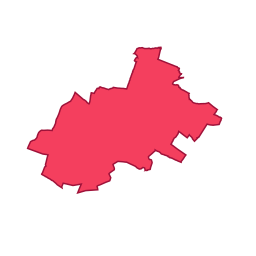 the district of Ciocani, Vaslui, Romania, rotated 122°
{"feature_id": "2599482B54838124288595", "entity_name": "Ciocani", "entity_type": "district", "adm_level": 2, "iso_a3": "ROU", "parent_name": "Romania", "parent_adm1": "Vaslui", "projection": "natural_earth1", "projection_center": [27.58, 46.249], "detail": "fine", "context": "isolated", "style": "filled", "palette": "rose", "viewbox_px": 256, "rotation_deg": 122, "n_neighbors": 0, "source": "geoboundaries", "source_scale": "gbopen_adm2", "svg_char_len": 5707}
<svg xmlns="http://www.w3.org/2000/svg" viewBox="0 0 256 256"><g transform="rotate(122 128 128)"><path d="M125.8,191.7L128.4,191.2L129.7,191.1L131.9,190.8L135.9,190.9L136.6,191.5L139.2,192.8L141.8,194.4L143.9,195.4L145.0,195.6L146.2,195.5L147.9,195.3L151.8,194.3L153.3,194.0L156.6,193.5L158.6,193.4L160.7,192.7L162.5,191.9L166.7,191.3L168.7,191.5L170.3,191.0L171.7,193.7L172.4,195.0L174.3,197.7L175.4,199.5L175.6,200.0L175.8,200.2L177.0,200.8L178.5,201.2L179.3,201.3L181.4,201.0L182.7,200.7L184.2,200.2L185.6,200.3L187.9,200.9L188.6,201.8L189.1,202.2L190.8,203.2L191.2,203.4L196.6,202.7L198.5,202.3L196.6,193.2L195.2,186.5L193.5,182.6L193.2,181.6L196.1,180.8L201.1,179.1L202.6,178.7L203.3,178.1L203.7,177.5L203.9,177.4L204.1,177.4L204.5,177.8L204.9,177.9L205.6,177.9L211.2,176.8L212.9,176.8L213.0,176.7L213.0,175.4L212.8,172.9L213.0,172.4L212.8,171.8L212.7,171.3L212.8,169.0L212.6,167.2L212.8,164.8L212.5,164.2L213.1,160.0L213.6,157.9L213.7,154.6L213.7,152.3L213.1,152.9L212.6,153.1L209.2,153.7L208.1,150.7L205.9,144.2L200.3,137.9L205.3,137.1L209.7,136.3L203.5,130.7L196.4,120.9L195.2,121.9L193.8,123.4L193.4,123.3L192.5,122.8L191.0,121.6L185.7,118.0L182.7,115.7L182.3,115.5L179.3,116.3L177.1,119.7L176.8,119.9L175.9,119.7L172.6,118.4L170.9,117.6L170.5,117.6L169.6,118.1L169.2,118.5L167.1,121.2L166.9,121.4L166.6,121.4L161.8,119.0L161.3,118.2L159.2,114.2L158.6,112.8L157.9,111.4L157.7,111.2L157.2,106.6L157.0,105.2L156.6,101.9L156.6,101.0L156.9,99.7L157.0,99.1L156.9,97.9L156.8,97.6L156.9,97.3L156.8,96.6L155.7,95.3L155.3,95.1L154.1,94.7L153.6,94.5L153.1,93.0L153.1,92.7L153.8,92.0L154.7,90.9L154.8,90.9L154.7,90.8L154.1,89.6L153.8,89.3L153.7,89.2L153.6,89.3L153.7,89.5L153.1,89.1L151.4,87.3L151.2,87.3L149.3,88.0L144.8,89.1L144.1,89.6L143.6,90.3L142.8,91.1L142.7,91.4L142.7,91.7L142.8,92.2L143.3,93.0L143.2,93.6L142.6,94.5L141.6,95.4L141.4,95.5L136.3,93.9L134.7,93.5L133.2,92.9L132.9,92.9L132.6,93.0L132.2,93.3L132.2,91.7L132.2,91.1L131.7,89.2L131.7,88.6L131.8,87.5L132.0,87.1L132.3,86.1L132.2,85.5L132.0,84.8L131.8,84.2L131.8,83.9L131.5,83.4L131.5,83.0L131.4,82.4L131.5,82.1L131.0,81.0L131.0,80.7L131.0,80.3L130.7,79.5L130.9,79.5L131.0,78.9L131.1,78.7L130.8,76.9L131.0,76.7L130.6,75.9L130.2,74.2L130.2,73.4L130.0,71.6L130.0,71.0L129.6,69.3L129.5,67.9L129.1,66.0L129.1,65.6L128.9,64.8L128.4,65.1L127.6,65.1L125.0,64.8L122.2,64.8L120.2,64.6L120.0,68.5L119.7,74.9L119.0,83.0L118.3,83.0L117.4,82.9L117.1,83.1L116.6,83.1L116.1,83.2L115.9,83.1L115.1,83.1L114.8,83.2L114.5,83.4L114.1,83.3L113.8,83.4L112.7,83.4L112.1,83.5L111.9,83.4L110.7,82.8L109.8,82.6L109.2,82.6L108.9,82.7L107.5,82.5L106.8,82.6L106.5,82.5L106.2,82.5L105.6,82.8L105.2,82.8L104.0,83.2L104.1,81.1L104.5,77.1L104.9,72.6L103.4,72.5L101.9,72.4L101.3,72.4L101.6,71.7L101.9,69.8L102.3,68.5L102.4,68.2L103.0,67.6L104.0,64.6L99.5,63.6L99.4,63.9L99.2,63.6L98.3,63.4L98.2,63.1L82.8,63.0L82.3,61.2L81.7,59.7L80.5,57.3L77.2,53.2L76.7,52.6L73.6,53.2L72.3,53.2L71.0,53.7L70.2,53.8L70.0,54.3L70.0,55.2L70.0,55.7L70.3,55.8L70.4,56.9L70.3,58.3L70.4,59.3L70.6,60.5L71.0,62.2L68.4,62.0L67.3,61.9L66.7,62.0L66.2,62.2L65.1,62.0L64.7,67.4L63.9,73.1L64.7,73.7L66.2,75.2L68.8,79.1L70.1,80.8L70.5,82.2L71.0,82.9L71.3,83.7L71.7,85.1L71.9,85.9L71.9,86.6L71.8,87.1L71.4,88.0L71.3,88.6L71.2,89.1L71.3,89.5L70.9,90.1L71.0,90.3L71.0,90.5L70.9,90.5L70.9,91.0L71.1,91.2L71.0,91.3L70.1,92.0L69.6,92.7L68.3,93.3L68.2,93.6L68.0,93.8L67.4,94.3L66.2,94.4L66.2,94.5L66.5,94.7L66.4,95.2L66.4,95.9L66.4,96.2L66.6,101.2L66.8,101.3L66.8,101.6L66.9,102.2L66.8,103.4L67.0,104.2L66.5,104.8L66.5,105.3L66.2,105.3L66.1,105.6L66.4,106.3L66.3,106.7L65.8,107.0L65.3,107.6L65.1,107.8L65.1,108.3L65.4,109.5L65.8,109.8L66.3,110.5L66.5,110.9L66.8,111.9L67.0,112.0L67.0,112.9L67.0,113.4L66.9,113.6L66.6,113.7L65.5,113.9L64.4,113.9L58.8,110.3L57.8,109.5L56.0,107.7L55.8,107.8L56.2,108.3L57.9,110.9L58.3,111.4L58.3,111.6L58.1,111.8L56.1,111.8L55.2,111.8L54.6,111.6L54.2,111.3L53.7,111.4L53.9,112.0L53.9,113.2L53.8,113.8L52.8,114.3L52.6,114.6L52.6,115.6L52.5,115.8L50.8,115.8L50.3,116.0L50.2,116.3L50.2,116.7L50.5,117.4L50.4,118.3L50.3,118.6L50.1,118.7L50.6,120.9L53.9,139.1L52.0,139.4L46.3,141.4L44.1,142.1L43.8,141.9L42.8,142.2L42.9,142.4L43.0,142.7L42.6,142.8L42.6,143.0L42.3,143.1L42.6,143.5L43.1,143.5L43.8,143.8L43.7,144.1L43.2,144.3L43.6,144.9L43.8,145.1L44.2,145.1L44.9,145.4L45.1,145.8L45.2,146.7L45.7,147.0L45.8,147.2L45.8,147.4L46.3,147.8L46.5,148.0L46.9,148.2L47.4,149.3L48.2,150.0L48.8,150.7L49.2,152.0L49.1,152.3L49.3,152.6L49.6,152.7L50.6,154.1L51.8,156.0L52.2,157.6L52.2,158.3L52.5,158.8L53.6,160.0L54.0,160.9L54.4,161.3L55.0,161.5L55.6,162.2L55.9,162.4L57.6,162.2L61.0,162.1L61.4,162.2L61.7,162.3L61.4,161.6L61.4,160.7L61.8,158.9L62.1,158.2L63.0,157.4L62.9,157.8L64.2,158.3L66.0,158.4L67.5,158.2L67.6,157.8L67.7,156.8L67.5,156.5L67.4,155.9L67.9,155.9L68.6,155.8L72.7,154.8L73.0,154.7L73.7,154.5L75.4,154.2L76.3,154.3L77.1,154.0L77.6,154.0L77.7,153.7L78.0,153.6L79.3,153.5L80.5,153.3L80.8,153.1L81.8,153.0L83.1,152.6L83.5,152.6L85.1,152.3L86.1,151.8L87.5,151.7L88.3,151.4L89.3,151.1L90.5,151.0L95.5,149.8L95.8,150.2L95.8,150.5L96.2,151.2L96.9,152.9L97.9,154.6L98.8,156.4L99.7,158.0L101.3,161.9L101.6,161.8L101.9,161.9L102.1,162.2L102.4,162.4L102.7,162.5L103.4,163.2L103.7,163.6L104.0,163.7L104.8,164.4L105.5,164.6L105.7,164.9L106.0,166.1L106.2,166.5L106.9,169.8L107.5,171.1L107.9,173.5L108.6,173.6L108.9,173.9L110.0,173.6L110.5,174.9L110.7,175.1L111.0,175.1L111.5,175.2L112.3,175.1L113.3,175.2L115.3,175.2L116.5,175.0L117.6,177.8L118.3,177.6L119.5,177.0L120.4,176.8L125.3,174.5L127.4,173.9L128.2,173.9L128.2,175.0L128.1,176.5L127.6,177.1L127.3,179.7L127.3,180.1L127.5,180.5L127.4,181.3L126.5,187.2L126.0,190.4L125.8,191.7Z" fill="#f43f5e" stroke="#9f1239" stroke-width="1.5"/></g></svg>